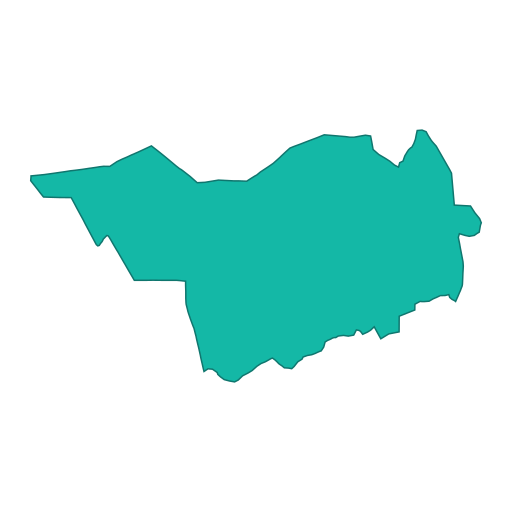 Kipkelion West, Rift Valley, Kenya
{"feature_id": "3690345B22667939022422", "entity_name": "Kipkelion West", "entity_type": "district", "adm_level": 2, "iso_a3": "KEN", "parent_name": "Kenya", "parent_adm1": "Rift Valley", "projection": "albers", "projection_center": [35.383, -0.158], "detail": "fine", "context": "isolated", "style": "filled", "palette": "teal", "viewbox_px": 512, "rotation_deg": 0, "n_neighbors": 0, "source": "geoboundaries", "source_scale": "gbopen_adm2", "svg_char_len": 3417}
<svg xmlns="http://www.w3.org/2000/svg" viewBox="0 0 512 512"><path d="M324.2,134.8L317.3,137.6L310.7,140.1L306.5,141.7L300.6,144.0L293.8,146.5L289.9,148.1L285.9,151.7L282.6,154.8L281.3,156.0L280.0,157.3L273.3,163.3L269.7,165.8L266.9,167.7L260.5,171.9L256.6,175.1L255.2,175.8L251.0,178.4L246.7,181.2L239.0,180.9L234.1,180.9L218.4,180.1L205.0,182.3L197.2,182.7L190.2,176.5L182.5,170.5L181.1,169.5L179.5,168.6L176.3,166.1L169.0,160.0L163.8,155.7L157.7,150.8L151.4,145.9L138.3,152.0L135.3,153.3L134.0,153.9L131.6,154.9L130.1,155.6L128.0,156.6L126.9,157.1L125.5,157.7L122.2,159.1L117.0,161.6L109.8,166.4L103.6,166.3L99.4,166.8L97.6,167.1L95.7,167.4L90.9,168.1L89.2,168.3L87.4,168.6L82.1,169.4L78.2,169.9L76.6,170.1L75.0,170.3L70.4,170.8L65.4,171.6L53.6,173.3L44.1,174.6L37.2,175.3L31.0,175.9L31.0,177.1L30.9,178.2L30.7,180.7L34.0,184.9L37.1,188.8L40.3,193.0L43.5,197.0L49.0,197.2L59.3,197.5L71.2,197.6L74.7,204.1L76.8,208.1L80.6,215.1L82.8,219.1L83.6,220.6L85.2,223.8L87.8,228.7L91.1,234.9L93.2,238.8L95.1,242.4L96.3,244.6L97.8,245.9L99.3,245.4L100.1,244.1L101.0,242.9L101.8,242.0L102.6,240.7L103.3,239.1L104.5,237.9L105.6,236.7L106.9,235.5L108.1,235.8L109.3,237.4L111.1,240.4L112.5,242.9L113.9,245.3L116.6,249.9L117.8,251.8L120.2,256.0L122.8,260.5L126.4,266.7L128.8,270.9L131.5,275.5L134.3,280.3L146.3,280.3L152.8,280.2L162.3,280.3L168.5,280.3L175.1,280.3L176.5,280.3L180.0,280.6L185.6,281.2L185.6,285.5L185.8,291.6L185.8,298.3L186.0,302.8L186.2,304.5L187.4,309.2L187.8,311.0L188.4,313.0L190.4,318.9L192.3,324.1L193.3,326.7L194.0,328.3L195.1,332.8L196.0,336.2L196.3,337.7L196.6,339.2L197.8,344.3L198.5,347.1L198.9,348.8L200.4,355.6L200.7,357.3L201.1,359.1L202.1,363.4L203.3,368.7L204.0,371.5L208.0,368.8L212.5,369.2L217.2,372.5L217.8,374.4L220.5,376.9L224.2,379.6L229.5,381.0L234.6,381.9L238.3,380.0L242.6,375.8L248.1,373.0L252.2,370.5L257.0,366.2L261.1,363.5L265.3,361.8L266.6,361.1L271.0,358.6L272.5,358.1L275.1,360.0L277.1,361.9L278.8,363.7L280.8,365.1L281.9,365.8L284.3,367.8L288.7,368.1L291.7,368.7L294.1,366.5L297.8,361.8L302.0,359.2L303.1,357.0L307.3,355.5L311.8,354.7L315.5,353.3L316.9,352.6L319.9,351.3L321.2,350.9L323.7,347.1L325.1,342.0L327.8,340.3L328.9,339.9L330.9,339.0L332.4,338.1L334.0,337.6L335.7,337.6L338.3,336.0L343.5,335.4L348.3,336.1L353.7,335.1L356.4,329.9L359.2,330.5L360.5,331.4L362.7,334.3L367.5,332.1L370.6,330.2L374.2,326.8L380.8,338.8L388.8,333.9L399.1,331.9L399.2,316.2L414.8,310.0L414.9,304.2L420.1,301.4L422.1,301.6L424.1,301.6L429.1,301.2L433.0,298.9L434.8,298.1L436.3,297.5L440.3,295.6L445.1,295.5L448.8,294.6L449.7,297.4L451.9,299.3L454.6,300.7L455.6,301.5L458.0,296.1L459.6,292.3L460.4,290.6L461.0,288.9L462.1,286.1L462.4,284.6L462.5,283.2L462.7,278.7L462.9,273.5L463.3,266.2L463.0,261.9L461.7,255.0L460.4,248.3L459.5,243.2L458.3,237.3L459.4,233.7L465.0,235.4L469.3,236.3L474.3,235.4L477.1,233.4L479.2,232.2L480.4,225.5L480.8,224.1L481.3,222.8L479.6,218.6L474.8,212.7L470.5,206.0L454.3,205.1L451.5,173.2L449.5,169.4L436.2,146.1L433.5,143.1L432.2,141.6L431.0,140.0L428.2,135.6L426.1,131.7L422.1,130.1L417.2,130.5L416.2,135.1L415.4,139.3L413.8,143.6L411.9,147.1L410.5,148.0L408.6,149.8L407.1,152.0L406.3,153.4L405.0,155.5L404.5,156.7L403.0,161.1L399.7,162.7L398.5,167.1L394.5,165.1L389.8,161.2L385.4,158.4L378.8,154.5L373.1,149.5L371.8,142.2L370.6,136.0L365.4,135.2L360.1,136.1L354.1,137.2L349.8,137.2L345.5,136.6L324.2,134.8Z" fill="#14b8a6" stroke="#0f766e" stroke-width="1.5"/></svg>